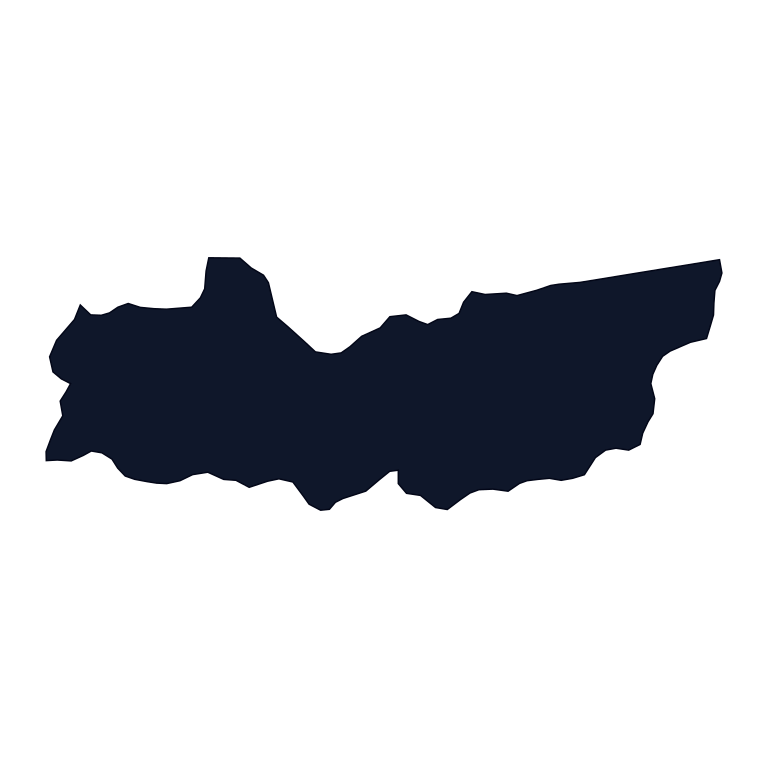 Dobrada, São Paulo, Brazil
{"feature_id": "56859067B78643306619002", "entity_name": "Dobrada", "entity_type": "district", "adm_level": 2, "iso_a3": "BRA", "parent_name": "Brazil", "parent_adm1": "São Paulo", "projection": "orthographic", "projection_center": [-48.364, -21.515], "detail": "fine", "context": "isolated", "style": "filled", "palette": "ink", "viewbox_px": 768, "rotation_deg": 0, "n_neighbors": 0, "source": "geoboundaries", "source_scale": "gbopen_adm2", "svg_char_len": 1649}
<svg xmlns="http://www.w3.org/2000/svg" viewBox="0 0 768 768"><path d="M580.1,282.4L559.1,284.2L550.7,285.5L536.7,290.3L517.0,295.6L506.4,293.2L485.1,294.5L471.9,291.7L463.6,302.2L459.1,313.4L450.9,318.2L437.6,319.5L427.7,324.6L419.1,321.5L406.1,314.9L389.9,316.7L380.2,327.9L361.7,336.3L349.9,346.8L341.2,352.9L331.1,354.3L315.4,351.9L304.0,341.3L287.7,326.6L276.6,317.1L268.4,282.7L263.5,275.2L251.2,268.0L239.9,258.1L208.8,257.8L206.1,271.0L204.7,288.8L200.4,297.8L191.7,307.2L166.3,309.2L154.0,308.7L140.3,307.4L128.2,303.5L117.9,307.2L109.5,312.9L101.3,315.3L90.7,314.9L80.3,305.0L74.5,319.5L56.6,340.3L49.6,356.8L53.0,371.9L61.4,378.9L70.6,383.6L66.2,391.7L60.2,401.1L62.8,415.8L54.4,429.9L50.5,439.8L46.1,451.6L46.3,460.6L57.2,460.0L71.2,460.9L83.3,455.4L91.3,451.0L101.9,452.8L112.0,459.1L117.7,468.1L125.2,476.0L134.7,479.3L147.0,481.6L156.6,483.1L166.7,483.6L180.0,480.7L192.6,474.6L207.8,472.2L223.7,479.4L236.0,480.3L249.2,487.3L267.6,481.2L278.9,478.8L292.9,482.0L303.5,496.3L309.1,504.2L320.6,510.2L329.4,509.3L335.4,502.3L342.9,498.5L365.8,491.1L379.3,479.7L389.7,471.3L398.3,470.2L398.3,483.6L406.5,493.3L420.5,495.4L435.5,507.5L447.3,509.5L460.4,499.6L470.0,493.0L478.9,489.7L492.9,489.1L508.1,491.2L519.5,483.4L527.0,480.7L537.6,479.4L549.4,478.3L561.2,480.3L572.6,478.3L584.4,474.7L595.4,457.6L605.6,450.1L616.0,448.2L628.7,450.1L640.1,444.4L642.7,433.2L648.0,421.8L653.0,413.7L654.7,398.7L650.8,383.6L652.8,374.3L656.8,365.3L662.6,356.3L670.1,351.1L690.3,342.3L706.5,338.5L710.4,325.6L713.5,315.0L713.9,303.1L714.9,290.4L719.5,281.4L721.9,273.0L719.5,259.7L580.1,282.4Z" fill="#0f172a" stroke="#020617" stroke-width="1.5"/></svg>